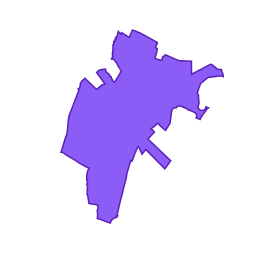 Letcani, Iasi, Romania (Natural Earth projection), rotated 207°
{"feature_id": "2599482B61117657494910", "entity_name": "Letcani", "entity_type": "district", "adm_level": 2, "iso_a3": "ROU", "parent_name": "Romania", "parent_adm1": "Iasi", "projection": "natural_earth1", "projection_center": [27.401, 47.196], "detail": "fine", "context": "isolated", "style": "filled", "palette": "violet", "viewbox_px": 256, "rotation_deg": 207, "n_neighbors": 0, "source": "geoboundaries", "source_scale": "gbopen_adm2", "svg_char_len": 5802}
<svg xmlns="http://www.w3.org/2000/svg" viewBox="0 0 256 256"><g transform="rotate(207 128 128)"><path d="M180.5,209.8L180.2,208.8L180.3,208.5L180.2,207.9L179.7,205.9L179.5,204.2L179.9,203.5L179.6,203.6L179.4,203.3L179.3,203.2L179.2,202.8L179.2,202.6L179.3,202.5L179.5,202.0L179.3,201.6L179.1,201.5L179.3,201.2L179.4,200.9L179.2,200.4L179.4,200.4L179.6,200.5L179.8,200.5L179.8,200.1L179.5,199.8L179.5,199.5L179.6,199.2L179.7,198.9L180.0,198.6L179.8,198.3L179.7,197.9L179.2,197.8L179.1,196.2L179.0,195.9L179.1,195.6L179.0,194.8L178.7,194.7L178.5,194.2L177.4,191.9L177.0,191.0L177.0,190.8L176.7,189.9L176.5,189.7L176.4,189.7L176.2,189.1L176.1,188.5L176.1,188.2L176.0,187.8L175.2,186.9L175.3,186.6L174.9,186.3L174.8,185.9L174.6,185.4L174.5,185.0L174.2,184.8L174.2,184.5L174.0,184.3L173.9,184.0L173.8,183.7L173.9,183.4L174.1,183.1L174.0,182.5L174.2,182.3L174.0,181.9L172.9,182.3L172.2,182.6L171.4,182.7L171.0,182.6L170.8,182.5L170.3,182.0L169.9,181.7L166.6,180.3L166.3,180.0L166.2,179.6L165.1,178.7L163.1,177.7L162.0,176.9L159.7,175.8L160.0,174.1L159.9,173.8L160.1,171.3L160.2,169.0L160.8,162.7L161.8,162.8L162.7,163.1L163.2,163.1L163.5,163.4L164.1,164.1L166.0,165.3L166.2,165.9L166.6,165.7L167.0,165.7L169.1,167.2L169.9,167.6L170.6,167.5L172.6,168.1L173.5,168.5L173.8,168.7L174.5,169.7L174.7,169.9L174.7,170.2L175.2,170.2L175.4,169.8L176.0,169.4L176.7,169.1L177.5,168.2L177.8,168.0L178.2,168.1L179.4,166.9L180.2,166.0L181.2,163.2L178.8,161.9L178.4,161.8L175.8,160.5L174.4,159.7L172.9,159.1L171.4,158.2L169.0,157.1L168.7,156.9L168.6,156.6L169.7,155.6L170.3,154.8L170.9,154.4L171.0,154.3L171.1,153.8L171.1,153.5L170.9,153.2L170.9,152.8L171.2,152.5L171.7,152.4L173.6,148.1L189.0,152.8L189.4,151.5L190.6,148.5L190.5,147.3L190.6,145.4L190.0,145.2L189.6,143.3L189.8,142.8L189.6,142.5L189.4,141.8L189.4,140.9L190.2,139.9L189.1,139.0L188.8,138.7L188.6,138.6L188.6,138.4L188.6,135.0L188.1,132.8L188.1,131.4L187.8,128.7L187.6,126.3L187.1,122.3L186.3,113.8L186.0,111.8L185.9,111.4L185.2,109.2L183.6,105.2L183.0,103.4L181.1,98.9L180.6,97.4L180.3,96.2L179.4,93.7L179.6,92.3L179.4,91.6L179.3,91.0L179.1,89.4L177.8,82.8L176.7,76.0L175.9,76.4L172.6,76.5L171.9,76.0L159.6,75.2L155.1,74.6L150.7,74.5L149.0,74.3L144.3,74.6L144.4,73.8L144.6,72.4L144.1,70.1L144.1,69.7L143.5,68.9L143.7,68.2L143.2,67.2L143.1,66.8L142.3,64.9L142.0,64.6L141.2,62.7L140.2,62.8L139.9,61.7L139.2,60.8L139.2,60.5L139.3,60.4L139.5,60.3L139.4,59.9L138.6,58.2L137.4,57.2L137.1,56.7L136.8,56.3L136.7,55.6L136.7,55.3L136.5,54.8L135.5,53.2L135.5,52.9L134.9,52.0L134.6,51.1L134.7,50.9L134.7,50.7L133.9,50.1L133.0,49.2L132.6,48.4L131.6,47.9L131.5,46.9L130.5,45.8L130.0,44.9L129.4,44.2L129.0,43.5L128.4,43.0L120.2,45.7L119.4,44.3L118.5,43.7L118.1,43.3L118.1,43.0L118.2,41.9L118.1,40.8L116.7,38.5L115.1,35.9L115.0,35.3L114.7,34.4L114.3,33.5L108.7,34.3L105.6,34.5L100.6,35.3L100.8,36.9L100.8,37.4L100.6,38.9L100.4,39.6L99.9,40.5L99.3,41.5L98.8,42.2L97.4,43.4L98.3,44.0L98.1,44.4L98.2,44.8L97.9,44.9L97.4,45.2L98.0,45.7L98.4,46.5L98.8,47.6L99.5,50.7L100.5,54.4L101.5,58.6L101.7,59.0L102.0,60.7L102.5,63.0L103.3,66.9L103.4,67.4L104.2,70.7L104.5,71.7L104.7,72.4L104.9,73.7L105.3,75.6L105.9,78.6L107.6,85.2L107.8,85.4L108.1,86.0L108.4,87.2L108.9,90.2L110.6,99.2L110.7,100.2L109.3,100.3L109.5,101.5L109.9,105.5L110.1,106.8L110.2,108.3L110.5,109.0L110.5,112.8L110.5,116.1L109.9,115.9L108.5,115.0L106.5,113.2L105.9,113.0L105.2,112.4L104.0,111.3L103.6,111.0L102.4,116.9L76.6,108.3L75.1,118.2L105.1,127.2L105.1,127.8L104.0,131.6L102.9,135.2L102.5,136.1L102.7,136.4L104.1,137.0L104.9,137.2L105.7,137.4L106.7,137.5L107.2,137.6L105.3,141.5L103.7,145.4L103.3,145.9L102.6,145.4L99.8,144.4L99.6,144.3L98.8,144.3L98.4,144.0L97.8,143.8L96.2,143.6L94.7,143.1L93.9,142.9L93.4,142.9L93.0,148.2L92.7,150.5L92.8,151.7L93.4,153.4L96.2,161.3L96.4,161.7L96.6,162.1L96.7,163.1L96.9,164.0L97.0,165.1L96.8,165.5L96.0,166.8L95.2,167.4L93.9,168.2L94.0,169.0L94.0,169.5L93.5,170.1L91.8,171.2L91.1,171.2L90.9,171.4L86.8,171.7L86.3,171.7L85.6,171.9L84.3,171.8L83.4,171.6L81.2,171.7L81.0,171.8L80.0,171.9L78.1,172.0L76.2,172.1L75.3,172.0L74.3,171.8L73.8,171.3L73.1,171.1L72.7,170.7L72.4,170.2L72.1,169.4L72.0,168.0L69.4,168.3L68.4,168.2L67.6,168.3L67.7,170.3L68.0,172.0L67.5,172.1L67.6,173.0L67.3,174.6L67.0,175.5L66.9,176.8L66.5,177.8L66.4,179.8L66.0,181.3L65.8,181.8L65.4,182.5L68.2,182.2L67.9,181.2L67.8,180.5L67.9,180.0L68.2,179.3L68.5,178.4L68.9,178.0L70.4,177.1L71.0,176.8L72.7,176.9L73.2,177.0L74.1,177.6L74.7,177.8L75.6,180.0L75.7,181.2L75.9,181.9L76.6,183.5L78.0,185.5L78.8,186.9L79.8,188.5L80.0,189.2L80.4,189.4L80.9,189.6L81.2,189.7L81.8,190.3L82.1,190.9L83.1,196.5L83.2,198.3L83.5,200.7L83.5,200.9L82.3,203.0L82.0,204.0L81.4,205.2L81.2,205.9L80.9,206.5L80.3,208.0L79.5,209.4L78.0,210.6L77.6,210.7L76.5,211.5L74.3,212.9L72.7,214.1L72.7,214.3L69.1,216.4L68.2,216.7L66.5,217.0L67.2,218.2L68.5,219.8L68.9,220.1L70.1,220.8L70.4,221.1L70.7,221.5L70.9,222.1L71.2,222.5L71.7,222.5L72.7,221.7L73.3,221.4L73.7,221.3L74.3,221.2L75.4,221.2L81.1,222.4L83.0,222.5L83.2,222.3L83.7,221.8L84.8,220.3L88.7,214.8L88.7,214.4L88.9,214.2L91.1,211.5L91.6,210.7L94.1,207.1L95.9,204.7L96.2,205.7L96.7,206.6L100.2,213.2L100.9,214.7L101.8,216.3L112.1,211.6L113.6,211.1L114.2,211.0L128.0,210.2L127.9,209.2L128.8,208.2L129.2,207.6L129.4,206.7L129.3,206.1L128.5,203.9L128.4,203.7L131.0,203.0L135.4,202.1L135.5,202.2L135.7,202.8L135.8,203.0L136.0,203.1L136.0,205.0L136.1,205.5L136.3,205.9L136.4,206.8L136.5,206.9L136.8,208.1L136.8,208.8L136.9,209.1L137.4,210.0L137.8,211.9L140.3,212.4L140.3,213.8L140.2,214.7L140.3,216.7L141.0,216.7L141.0,217.5L147.6,217.8L157.4,218.1L159.9,218.2L164.1,217.8L165.0,217.9L166.6,217.5L168.5,217.3L168.2,212.8L168.1,211.0L168.0,209.3L177.0,210.1L177.0,209.7L176.7,208.8L176.7,208.4L179.3,209.0L180.3,209.8L180.5,209.8Z" fill="#8b5cf6" stroke="#5b21b6" stroke-width="1.5"/></g></svg>